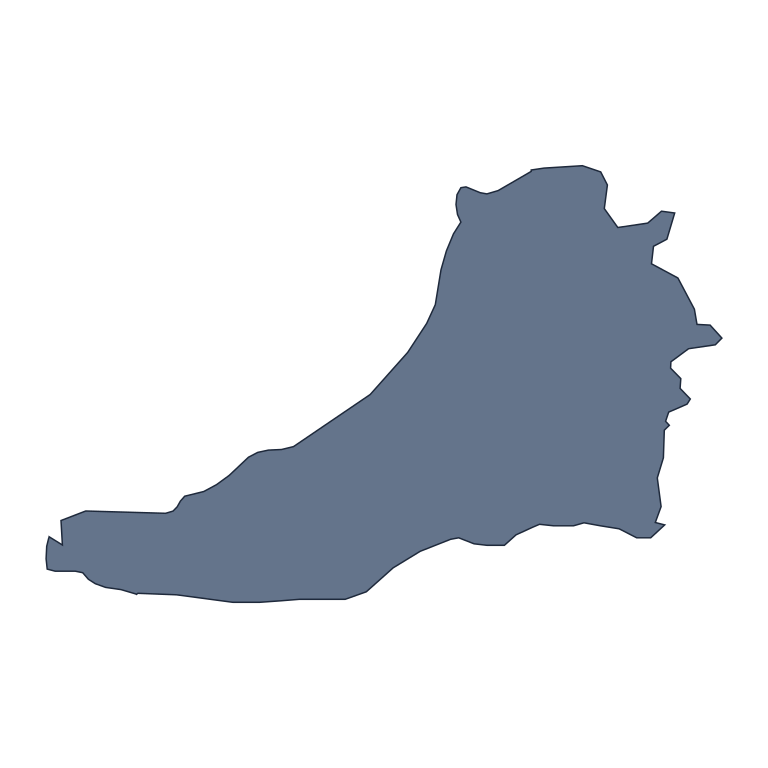 SVG path tracing the border of Ceredigion
{"feature_id": "GBR-2105", "entity_name": "Ceredigion", "entity_type": "Principality", "adm_level": 1, "iso_a3": "GBR", "parent_name": "United Kingdom", "parent_adm1": "", "projection": "natural_earth1", "projection_center": [-4.124, 52.292], "detail": "fine", "context": "isolated", "style": "filled", "palette": "slate", "viewbox_px": 768, "rotation_deg": 0, "n_neighbors": 0, "source": "natural_earth", "source_scale": "10m", "svg_char_len": 1471}
<svg xmlns="http://www.w3.org/2000/svg" viewBox="0 0 768 768"><path d="M49.2,536.8L62.4,545.0L61.0,520.5L85.7,511.0L165.6,513.3L173.0,511.1L177.2,506.8L180.4,501.1L184.7,496.2L203.8,491.5L216.6,484.6L229.2,475.4L248.5,457.2L257.7,452.4L268.4,450.1L281.6,449.5L293.5,446.6L370.2,394.5L407.7,352.4L426.7,323.4L435.3,304.7L441.0,269.8L446.4,250.9L453.5,233.8L460.9,222.1L457.5,214.5L456.0,204.5L457.0,194.7L460.9,187.7L466.0,186.9L480.2,192.7L486.9,193.9L498.1,190.6L531.2,171.4L531.2,170.0L544.0,168.1L582.4,165.7L600.7,171.9L607.4,185.0L604.3,208.6L617.8,227.5L647.7,223.1L661.5,211.2L674.7,213.0L666.9,239.2L653.5,246.3L651.5,263.8L677.9,278.0L694.4,309.2L697.0,324.4L710.1,325.1L721.9,338.1L715.3,344.8L688.6,348.7L670.9,361.8L670.6,368.2L680.8,378.6L680.1,388.4L690.3,399.0L687.1,404.1L668.7,412.1L665.6,421.3L669.3,425.3L664.3,430.2L663.4,457.8L657.3,477.9L661.1,506.6L655.3,522.5L664.7,524.9L650.7,537.8L636.7,537.8L619.1,528.8L600.4,525.8L584.0,522.8L573.5,525.8L561.7,525.8L553.6,525.8L539.5,524.3L532.5,527.3L516.1,534.8L504.4,545.3L486.9,545.3L474.0,543.8L458.7,537.8L450.6,539.3L420.2,551.3L393.2,567.8L366.3,591.8L345.2,599.3L321.8,599.3L299.5,599.3L280.8,600.8L259.7,602.3L232.8,602.3L176.5,594.8L137.9,593.3L136.4,594.4L135.9,594.0L121.0,589.6L105.6,587.4L95.3,583.7L88.4,579.3L82.7,572.7L75.3,571.2L64.4,571.2L55.2,571.2L47.2,569.1L46.1,558.8L46.7,546.3L48.4,539.4L48.5,538.9L49.2,536.9L49.2,536.8Z" fill="#64748b" stroke="#1e293b" stroke-width="1.5"/></svg>